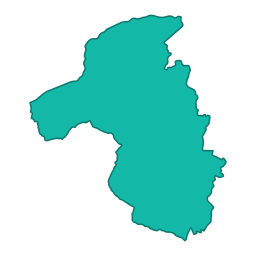 SVG path tracing the border of Mashonaland West
{"feature_id": "ZWE-533", "entity_name": "Mashonaland West", "entity_type": "Province", "adm_level": 1, "iso_a3": "ZWE", "parent_name": "Zimbabwe", "parent_adm1": "", "projection": "orthographic", "projection_center": [29.817, -17.238], "detail": "fine", "context": "isolated", "style": "filled", "palette": "teal", "viewbox_px": 256, "rotation_deg": 0, "n_neighbors": 0, "source": "natural_earth", "source_scale": "10m", "svg_char_len": 5866}
<svg xmlns="http://www.w3.org/2000/svg" viewBox="0 0 256 256"><path d="M150.4,15.4L153.4,15.6L159.1,17.2L162.0,17.5L164.6,17.1L167.3,16.4L170.0,16.0L172.6,16.6L174.3,17.8L175.1,18.0L176.2,17.8L177.7,16.6L178.3,16.4L180.0,16.6L181.1,17.1L180.9,17.9L180.9,20.6L181.2,21.6L182.0,22.6L182.9,24.8L182.6,25.8L182.1,26.6L164.6,41.8L164.3,42.2L164.4,43.2L164.7,43.8L165.5,44.4L166.9,45.0L167.1,45.4L167.2,45.9L166.9,48.3L167.2,49.4L168.1,50.6L168.2,52.0L168.6,52.6L169.1,53.0L170.5,53.0L170.8,53.2L171.0,53.6L171.0,54.3L170.7,55.0L169.0,56.1L168.6,56.5L167.8,57.8L167.5,58.9L167.8,61.6L167.7,63.1L167.3,63.8L166.5,64.4L165.7,65.4L164.5,68.0L164.5,68.7L164.6,69.1L165.3,69.4L166.0,69.7L166.7,69.7L167.2,69.2L167.6,68.1L168.1,67.7L168.8,67.4L169.6,67.3L171.4,67.7L171.7,67.6L172.3,66.8L172.9,66.4L174.7,66.0L175.4,65.2L175.6,64.6L175.3,62.3L175.4,61.6L175.9,61.1L176.6,60.8L179.0,60.5L180.3,60.7L180.7,60.8L181.0,61.1L182.1,64.0L183.5,65.5L184.1,65.7L187.9,65.5L188.8,65.9L189.4,66.8L190.1,69.2L190.2,70.6L189.0,73.1L188.7,75.1L188.3,77.3L187.4,78.9L186.9,80.5L186.4,83.5L186.4,84.1L186.5,84.5L187.9,86.9L189.3,87.5L190.2,88.1L191.6,88.5L194.5,90.2L195.6,92.7L195.7,93.2L195.3,94.3L196.8,95.3L197.6,96.7L197.8,97.8L197.7,98.2L197.4,98.9L196.2,100.5L195.9,101.8L196.3,107.9L196.4,108.4L196.8,109.0L197.9,109.9L198.4,110.5L198.3,110.8L198.1,111.0L197.3,111.5L197.4,113.6L197.6,115.0L198.1,115.5L198.9,115.6L200.9,115.5L201.8,115.9L202.2,116.0L204.2,114.7L204.9,114.6L205.3,114.8L205.5,115.9L205.8,116.2L206.1,116.2L207.3,115.5L208.0,115.4L209.5,115.9L209.8,116.3L209.9,116.7L209.2,122.9L208.9,123.5L207.9,125.0L207.1,126.0L205.5,127.4L205.3,127.8L205.4,128.1L206.2,129.0L206.1,129.7L203.6,134.5L202.7,135.9L202.4,136.8L203.3,140.7L203.4,141.8L203.4,142.8L202.5,148.5L202.6,150.2L203.2,150.6L212.9,150.7L213.0,151.0L212.7,152.2L212.1,154.1L212.1,154.7L212.3,155.1L213.0,155.5L216.6,157.0L221.0,159.6L221.4,159.6L222.6,158.5L223.0,158.2L224.2,158.7L226.0,161.8L225.3,163.9L223.4,166.1L222.6,166.6L221.3,167.1L221.0,167.4L220.8,167.9L220.7,169.2L221.3,170.3L221.3,171.1L220.8,172.0L220.7,172.6L220.9,173.0L222.6,174.1L223.0,174.5L223.3,175.0L223.4,175.7L223.4,176.1L223.1,176.4L220.9,177.1L219.1,177.5L217.9,176.7L215.6,175.8L215.4,175.7L215.2,175.8L214.9,176.3L214.7,177.3L214.8,177.8L215.2,179.3L215.2,179.7L215.0,180.0L214.7,180.4L213.2,181.1L212.8,181.8L212.7,182.6L212.8,183.6L213.8,185.9L213.8,186.3L213.6,186.7L212.3,187.7L212.1,188.3L211.4,190.5L211.4,190.9L211.6,191.6L211.5,192.2L211.1,193.1L210.0,194.8L209.3,195.6L208.8,196.1L207.9,196.5L207.4,197.1L207.5,200.0L207.7,200.8L208.3,201.6L211.0,204.1L212.8,206.1L213.1,206.7L213.5,207.7L213.2,208.5L212.1,209.4L211.8,209.8L211.6,210.5L210.9,220.7L210.8,221.5L210.5,222.1L210.1,222.7L207.2,225.4L204.2,230.6L203.9,230.9L203.5,230.3L203.2,230.2L201.7,229.9L201.1,229.9L201.0,230.7L201.3,232.1L200.9,232.6L199.8,232.6L198.6,231.8L196.8,231.3L196.6,231.4L196.5,231.7L196.8,233.0L196.5,233.3L196.0,233.7L194.7,234.1L193.8,234.1L192.8,231.6L192.3,230.9L191.5,228.5L191.0,228.1L190.6,228.2L190.1,228.8L187.2,234.7L186.5,238.4L186.1,239.5L184.9,240.6L182.0,237.9L180.7,237.4L179.2,237.0L177.7,236.3L176.2,235.8L173.8,233.5L172.9,233.0L172.1,232.7L169.8,232.1L167.7,232.1L166.0,231.9L164.1,230.9L162.4,230.7L160.2,229.6L159.6,229.5L158.1,229.8L157.0,230.6L156.7,230.7L154.2,230.2L151.6,229.0L150.3,228.7L149.9,228.4L149.4,227.5L148.9,227.2L148.2,227.0L146.8,226.3L145.3,226.5L144.9,226.2L143.9,225.3L143.1,224.8L142.0,224.4L140.0,224.1L138.7,224.4L138.0,224.2L135.5,222.6L133.5,221.9L133.1,221.5L132.6,220.7L132.2,219.7L132.2,218.8L132.4,217.5L132.1,213.9L132.5,213.2L133.2,212.4L133.3,211.0L134.1,208.3L134.2,207.5L134.0,207.1L133.6,206.8L131.1,205.6L122.1,199.8L120.3,199.3L119.8,199.0L118.3,197.0L115.9,195.6L114.3,193.8L113.3,192.0L111.5,190.4L111.2,189.8L111.1,188.6L109.9,187.3L109.4,186.5L109.2,185.7L108.8,184.8L108.8,183.2L108.3,181.4L108.4,181.0L108.7,180.4L108.9,179.3L109.4,178.4L111.2,174.0L111.9,172.8L112.3,171.7L113.6,169.9L114.1,167.4L115.8,165.7L116.3,164.7L116.1,164.3L115.2,163.1L115.1,162.3L116.4,161.3L117.0,160.3L117.2,159.6L117.2,157.8L117.5,156.1L117.2,154.2L116.2,153.0L116.0,152.2L116.1,151.8L116.5,151.3L117.6,150.4L118.5,148.8L118.9,148.2L120.5,147.1L121.0,146.6L121.6,145.2L121.5,144.8L121.0,144.5L119.8,144.1L118.7,143.6L114.3,138.5L113.9,137.5L113.4,135.3L112.9,134.4L112.4,133.9L111.0,133.0L110.0,132.9L108.7,133.3L108.0,133.2L103.4,131.7L101.9,130.7L100.1,130.2L98.2,128.6L93.6,127.1L93.0,126.7L92.3,125.6L91.9,124.6L91.0,123.1L90.4,121.5L89.7,120.7L89.4,120.6L89.0,120.7L86.7,122.5L85.7,122.6L83.9,122.3L82.7,122.4L79.0,123.6L76.6,125.3L76.2,125.7L75.7,126.7L75.1,127.1L74.5,127.2L73.1,127.0L72.6,127.0L72.1,127.2L71.5,127.8L68.9,130.9L67.6,133.6L65.0,136.9L63.5,137.9L62.6,139.0L62.3,139.2L62.0,139.2L60.8,138.2L60.4,138.2L59.7,138.6L59.3,138.7L56.8,138.2L55.7,138.4L49.0,140.0L48.2,140.5L47.3,140.7L45.2,140.3L44.3,137.2L44.0,136.9L43.6,136.4L42.6,136.0L41.8,135.6L41.2,134.8L39.9,133.8L39.6,133.4L39.0,130.9L38.9,129.2L38.1,127.8L38.1,127.4L38.4,126.7L38.4,126.0L37.8,124.9L37.5,124.0L37.8,122.3L37.3,121.8L36.6,121.6L35.1,121.6L34.7,121.5L34.4,121.1L33.6,119.4L33.2,119.1L32.3,118.8L31.7,118.4L31.4,117.9L31.6,116.3L32.4,113.9L32.4,113.3L32.0,112.8L30.9,112.3L30.6,112.0L31.3,108.2L30.0,102.7L36.0,100.0L42.5,94.5L46.9,91.5L71.0,81.8L74.2,81.2L76.0,81.2L77.0,81.0L78.8,79.2L79.4,78.0L82.0,76.0L82.9,74.9L83.3,72.4L85.2,69.2L85.2,67.6L84.0,64.7L83.8,63.5L84.0,62.0L85.6,58.3L84.4,56.3L84.8,53.5L85.6,50.6L86.0,48.3L85.2,47.1L85.1,46.4L85.3,45.7L86.4,43.8L87.8,41.9L90.0,39.7L91.3,39.1L92.7,38.8L95.8,38.8L97.4,38.5L98.2,37.6L99.6,34.9L100.3,34.2L101.3,33.2L102.7,32.4L104.0,32.1L104.6,31.7L107.0,29.2L121.7,22.3L122.7,22.1L128.4,21.5L129.6,20.8L132.1,18.7L133.7,18.2L137.8,19.0L139.4,18.7L143.2,17.4L146.1,17.0L148.9,15.7L150.4,15.4Z" fill="#14b8a6" stroke="#0f766e" stroke-width="1.5"/></svg>